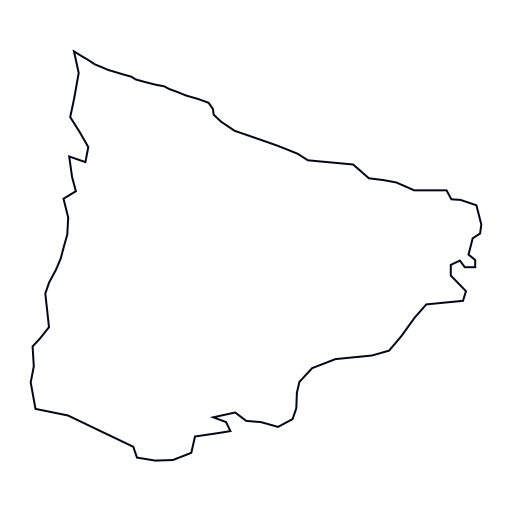 Loutros, Cyprus
{"feature_id": "46923920B13222892315728", "entity_name": "Loutros", "entity_type": "district", "adm_level": 2, "iso_a3": "CYP", "parent_name": "Cyprus", "parent_adm1": "", "projection": "robinson", "projection_center": [32.761, 35.157], "detail": "fine", "context": "isolated", "style": "outline", "palette": "ink", "viewbox_px": 512, "rotation_deg": 0, "n_neighbors": 0, "source": "geoboundaries", "source_scale": "gbopen_adm2", "svg_char_len": 1267}
<svg xmlns="http://www.w3.org/2000/svg" viewBox="0 0 512 512"><path d="M481.3,224.5L476.4,205.3L460.5,199.9L451.4,199.3L446.5,190.3L414.1,190.3L396.4,182.5L383.6,180.1L368.9,178.3L353.1,164.5L307.9,160.3L297.5,153.7L278.0,145.9L257.2,138.6L234.6,130.8L221.2,121.8L213.7,114.7L212.9,109.0L208.6,102.8L198.1,99.0L186.0,95.5L176.6,91.7L169.2,89.0L164.1,86.3L155.5,84.7L145.3,82.1L139.5,80.5L135.6,79.4L131.3,76.7L123.1,74.4L116.8,72.5L107.8,69.8L101.6,67.1L94.9,64.4L87.9,59.8L81.3,55.9L74.0,51.4L78.7,73.0L74.0,99.3L70.2,117.1L79.7,132.1L88.3,147.1L85.4,162.1L69.2,156.5L72.1,177.2L75.9,191.2L63.5,198.7L68.2,217.5L67.3,234.4L64.4,244.7L60.6,258.8L55.8,270.1L49.2,282.3L45.3,293.5L49.0,327.2L39.9,338.6L32.6,346.4L33.8,366.3L30.7,382.5L35.5,408.9L68.0,415.5L102.6,432.1L133.3,446.8L137.0,457.6L155.3,460.6L173.0,460.0L191.3,452.8L195.0,436.5L219.4,432.9L230.4,431.1L226.1,422.1L213.3,417.3L235.2,412.5L246.2,420.9L260.9,422.1L278.0,426.9L292.6,419.1L296.3,408.3L296.9,392.7L299.4,381.9L312.2,368.1L335.4,359.1L372.0,355.5L389.1,350.6L401.3,336.2L414.7,317.6L426.3,304.4L463.0,300.8L466.0,291.2L450.8,275.6L450.8,264.8L459.9,260.6L464.8,267.2L475.2,267.2L475.2,260.0L468.5,254.6L472.7,238.3L480.1,233.5L481.3,224.5Z" fill="none" stroke="#020617" stroke-width="2"/></svg>